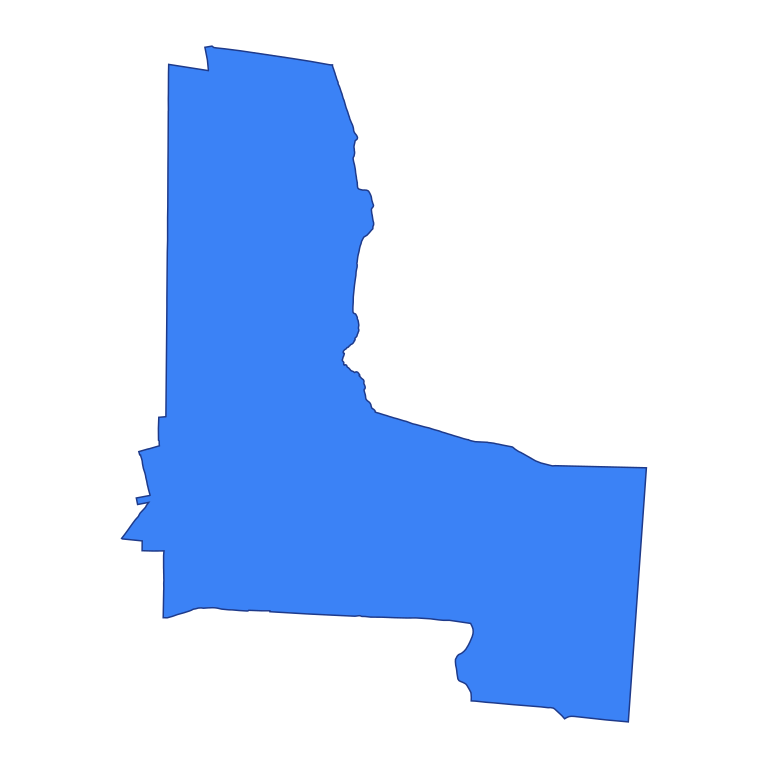 the district of Gradinari, Olt, Romania
{"feature_id": "2599482B30004072712987", "entity_name": "Gradinari", "entity_type": "district", "adm_level": 2, "iso_a3": "ROU", "parent_name": "Romania", "parent_adm1": "Olt", "projection": "albers", "projection_center": [24.282, 44.569], "detail": "fine", "context": "isolated", "style": "filled", "palette": "blue", "viewbox_px": 768, "rotation_deg": 0, "n_neighbors": 0, "source": "geoboundaries", "source_scale": "gbopen_adm2", "svg_char_len": 6083}
<svg xmlns="http://www.w3.org/2000/svg" viewBox="0 0 768 768"><path d="M628.3,721.9L646.4,467.8L555.4,465.7L552.5,465.9L550.0,465.3L541.0,463.0L535.6,460.9L522.7,453.5L521.8,453.1L521.1,452.6L519.2,451.8L517.5,450.8L515.0,449.1L513.0,447.4L512.1,446.9L502.8,445.1L498.2,444.1L496.7,443.9L493.8,443.2L489.9,442.7L488.5,442.6L487.5,442.3L475.2,441.7L471.2,440.8L469.5,440.3L468.4,439.7L467.8,439.7L466.5,439.4L463.4,438.6L459.4,437.3L453.9,435.7L451.2,434.8L448.7,434.1L444.7,432.8L442.1,432.1L439.3,431.0L434.5,429.7L432.2,429.0L429.3,428.0L424.5,426.9L415.8,424.5L412.7,423.8L406.3,421.4L403.5,420.7L397.0,418.7L393.9,417.9L391.1,417.0L389.6,416.6L386.7,415.6L384.2,414.9L378.2,413.0L377.2,412.8L375.3,412.1L375.1,411.8L375.2,411.4L375.1,411.0L374.6,410.2L373.5,409.2L372.3,408.5L371.7,407.8L371.2,406.3L370.8,404.5L370.1,403.2L369.4,402.3L367.2,400.6L366.1,399.3L365.9,398.7L365.7,397.9L365.5,395.9L365.2,394.4L364.6,392.5L364.1,390.4L364.1,389.8L364.2,389.4L364.3,389.2L364.6,389.1L364.9,388.8L365.1,388.2L365.2,387.1L364.8,385.7L363.9,383.6L363.8,383.0L364.0,381.5L363.9,380.9L363.7,380.3L363.3,379.7L361.4,378.2L360.4,377.0L359.8,376.5L359.2,375.8L359.2,375.5L359.6,375.5L359.8,375.3L359.8,375.1L358.6,373.3L357.7,372.3L356.8,371.9L355.9,371.9L354.6,372.5L353.2,371.5L351.3,370.8L350.8,370.4L349.2,368.5L348.6,367.9L347.6,367.3L347.1,366.8L346.9,366.2L346.8,365.8L346.5,365.2L346.1,365.0L345.5,364.8L344.9,364.8L344.6,365.1L344.0,364.9L343.8,364.7L343.7,364.3L343.8,362.4L343.6,362.1L343.1,361.6L342.4,360.6L342.3,360.3L342.3,359.9L342.4,359.4L342.7,358.9L342.8,358.0L342.9,357.6L343.7,355.9L344.3,353.8L344.3,353.5L344.2,353.3L344.1,353.2L343.6,353.2L343.3,352.9L343.2,352.6L343.2,352.0L343.4,351.2L344.0,350.4L344.9,349.5L345.6,349.2L346.2,348.7L346.9,347.8L347.3,347.4L347.8,347.4L348.5,347.0L349.0,346.2L349.8,345.7L350.4,344.9L350.8,344.5L351.3,344.4L352.0,344.0L353.0,343.2L353.5,342.5L354.1,341.4L354.1,341.0L354.6,340.8L354.7,340.6L354.7,340.2L355.1,339.7L355.1,339.4L354.9,338.6L355.0,338.2L356.5,336.7L356.9,336.1L357.1,335.4L357.4,334.2L357.9,333.3L358.1,332.4L358.8,330.9L358.8,329.6L358.5,328.7L358.4,328.2L358.5,327.1L358.8,325.6L358.8,324.8L358.2,320.9L357.9,320.0L357.4,319.1L357.3,318.8L357.3,317.5L357.1,316.9L355.8,314.3L355.4,313.9L354.3,313.5L353.5,313.0L353.1,312.3L352.9,311.3L352.9,307.2L353.2,302.4L353.3,296.9L354.5,285.1L355.2,280.0L355.9,275.4L356.1,271.8L356.6,269.1L357.1,267.1L357.2,264.9L356.8,263.1L357.1,262.4L357.5,259.0L357.8,256.7L358.3,254.3L359.0,251.6L359.6,248.3L360.2,245.9L361.0,243.8L361.6,241.3L363.1,238.4L363.7,237.3L364.3,236.8L367.0,235.2L369.6,232.4L371.6,230.0L372.8,228.8L372.9,227.0L373.0,226.3L373.5,225.3L373.7,224.2L373.6,222.6L373.1,220.9L372.8,219.3L372.2,215.2L371.8,213.5L371.5,210.9L371.4,210.0L371.5,209.0L371.9,208.3L372.8,207.2L373.2,206.6L373.5,205.7L373.4,204.9L372.8,203.4L371.8,200.1L371.3,196.9L370.8,195.4L369.8,193.2L368.8,191.5L368.4,191.0L367.4,190.5L366.7,190.2L364.2,190.0L362.9,190.1L360.3,189.5L359.0,189.1L358.6,188.8L358.0,188.3L357.7,187.5L357.5,186.8L357.4,185.0L357.3,184.6L357.3,182.6L357.1,182.0L357.0,181.2L356.5,178.8L356.4,177.4L355.6,172.6L355.5,171.3L355.3,169.4L354.5,165.0L353.6,161.5L353.2,159.3L353.1,158.7L353.2,158.0L353.3,157.3L353.9,156.4L354.1,155.9L354.3,154.8L354.6,153.2L354.6,152.0L354.3,150.4L354.3,149.2L354.0,147.6L354.0,146.1L354.8,142.6L355.0,141.4L355.2,140.7L357.0,139.3L357.4,138.4L357.5,137.4L357.4,137.1L356.6,135.4L355.5,134.0L354.7,133.0L353.9,131.4L353.7,130.6L353.4,128.2L352.9,126.2L352.2,124.3L351.7,123.4L349.8,118.9L349.4,117.2L348.4,114.3L347.8,112.2L346.1,107.7L344.0,100.2L343.5,99.2L343.0,97.8L341.9,93.7L341.0,91.4L340.7,90.4L339.4,86.5L338.3,84.3L338.1,83.8L338.1,82.7L337.8,81.6L337.1,80.0L336.7,79.0L336.2,77.1L335.3,74.6L335.1,73.6L334.6,72.2L333.5,68.9L333.1,67.9L332.5,66.0L332.5,64.9L330.8,64.9L328.6,64.6L310.7,61.4L292.3,58.5L240.5,50.8L224.7,48.8L216.3,47.9L213.8,47.5L212.0,46.1L204.9,47.3L207.4,60.0L208.4,70.2L208.3,70.6L168.7,64.4L168.5,73.0L168.4,93.5L168.3,98.7L168.4,110.5L168.3,111.1L168.1,151.4L168.0,162.6L167.8,206.8L167.6,217.3L167.6,240.3L167.3,252.0L166.9,298.9L166.9,306.8L165.9,416.3L165.8,416.7L158.8,417.3L158.4,428.5L158.5,440.3L159.2,441.1L159.2,443.8L159.4,445.8L148.4,449.0L148.3,448.9L147.9,449.0L138.8,451.6L139.7,454.9L139.9,455.0L140.5,455.0L140.6,455.6L141.7,459.0L142.2,461.0L142.5,463.9L143.4,468.4L144.9,473.0L145.5,475.4L145.9,477.8L146.7,481.1L147.4,485.0L147.7,486.0L148.5,489.5L150.1,495.2L149.6,495.5L136.3,498.0L136.7,499.9L137.6,504.5L148.7,502.4L146.3,505.6L145.9,506.6L145.5,507.2L144.6,508.3L140.3,512.9L139.6,514.0L138.8,515.5L138.4,516.4L135.4,519.7L133.2,522.6L129.7,527.5L128.3,529.5L124.5,534.7L121.6,538.4L122.3,538.9L142.2,540.9L142.1,550.7L153.3,551.0L164.0,550.9L163.6,555.5L163.6,561.9L163.6,568.1L163.7,569.9L163.7,572.4L163.8,575.0L163.8,577.9L163.9,580.3L163.7,583.3L163.8,587.8L163.8,589.7L163.7,590.3L163.2,617.7L167.3,617.8L172.6,616.3L177.6,614.5L183.8,612.8L189.4,611.0L191.4,610.2L193.3,609.2L195.6,608.8L198.6,608.0L201.3,607.9L203.4,608.2L207.6,607.9L212.5,607.7L214.9,607.8L217.2,608.1L221.6,609.1L228.6,609.8L232.4,609.9L239.0,610.5L247.1,611.0L248.0,610.9L248.8,610.3L262.0,610.8L269.9,610.8L269.9,611.7L274.7,612.0L306.9,613.9L331.5,615.1L354.9,616.2L356.8,616.0L357.3,615.9L358.9,615.7L360.1,615.7L361.7,616.4L365.3,616.5L370.6,617.1L382.0,617.2L394.7,617.7L407.4,618.0L415.8,617.9L430.3,618.8L438.9,619.9L443.4,620.3L449.4,620.3L470.6,623.4L472.2,626.7L473.0,629.0L473.2,631.6L473.0,633.7L472.2,636.6L470.0,641.8L468.2,645.4L465.8,649.3L463.8,651.5L461.5,653.3L458.5,654.7L457.0,656.4L456.4,657.7L455.5,659.3L455.4,661.8L455.7,665.2L456.4,668.4L456.8,671.3L457.0,673.4L457.9,678.9L458.9,680.5L460.2,681.3L463.1,682.5L465.0,683.5L466.1,684.3L467.0,685.5L469.5,689.8L470.9,692.5L471.1,694.2L471.3,697.6L471.2,700.9L475.3,701.1L486.4,702.3L493.1,702.8L512.8,704.6L541.2,706.9L548.1,707.7L550.6,707.6L553.3,708.1L554.7,709.0L561.8,715.6L564.6,718.8L566.6,717.6L569.0,716.6L571.3,716.3L574.1,716.4L606.1,719.9L628.3,721.9Z" fill="#3b82f6" stroke="#1e3a8a" stroke-width="1.5"/></svg>